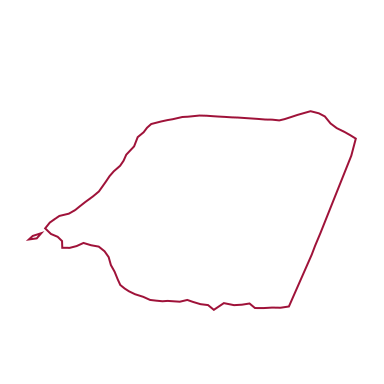 outline of Abaiara, Ceará, Brazil, rotated 289°
{"feature_id": "56859067B4829762701290", "entity_name": "Abaiara", "entity_type": "district", "adm_level": 2, "iso_a3": "BRA", "parent_name": "Brazil", "parent_adm1": "Ceará", "projection": "albers", "projection_center": [-39.042, -7.344], "detail": "fine", "context": "isolated", "style": "outline", "palette": "rose", "viewbox_px": 384, "rotation_deg": 289, "n_neighbors": 0, "source": "geoboundaries", "source_scale": "gbopen_adm2", "svg_char_len": 1311}
<svg xmlns="http://www.w3.org/2000/svg" viewBox="0 0 384 384"><g transform="rotate(289 192 192)"><path d="M295.8,329.5L297.2,323.3L298.4,316.8L299.5,308.1L301.9,300.7L306.7,293.0L307.7,286.3L307.0,277.8L302.9,271.9L299.2,266.6L295.3,261.5L291.1,255.9L288.1,251.2L286.5,244.2L284.4,237.8L282.5,230.3L280.5,222.9L277.4,211.4L275.5,205.2L273.7,198.6L271.9,192.3L270.4,186.8L268.9,181.1L266.7,174.1L261.9,163.7L259.8,158.5L254.5,150.0L252.0,145.4L248.6,139.8L243.0,131.3L238.2,128.6L232.7,126.8L226.2,122.8L216.3,122.4L205.9,117.7L199.2,117.1L193.4,115.5L186.1,111.3L180.2,108.9L173.8,107.2L162.2,103.8L155.6,99.8L148.0,94.5L142.3,90.8L137.0,87.5L131.4,82.6L126.2,74.4L121.7,71.0L116.8,67.5L109.8,65.0L106.4,72.3L105.9,79.6L103.3,85.1L97.0,87.5L99.4,94.6L103.3,100.5L108.5,106.0L108.8,113.9L110.0,121.6L107.5,128.6L103.3,134.4L96.5,139.1L91.4,144.8L85.1,150.3L80.7,154.5L78.8,159.8L77.6,164.7L76.8,171.4L77.0,180.0L76.3,187.5L77.6,193.5L79.1,199.7L81.1,204.4L84.3,216.2L88.4,222.7L88.4,228.8L88.7,236.5L90.3,244.0L87.7,251.0L97.3,258.3L98.7,268.6L101.7,275.9L105.3,282.7L102.8,289.3L105.4,297.1L108.8,305.4L111.4,313.4L115.3,320.9L171.7,325.6L181.3,325.9L195.0,326.8L232.7,328.6L278.2,330.8L295.8,329.5ZM104.0,62.9L98.6,55.7L94.0,53.2L97.6,60.3L104.0,62.9Z" fill="none" stroke="#9f1239" stroke-width="2"/></g></svg>